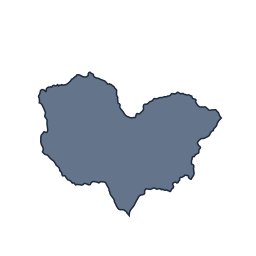 the district of Imues, Nariño, Colombia, rotated 150°
{"feature_id": "7082276B38506776880205", "entity_name": "Imues", "entity_type": "district", "adm_level": 2, "iso_a3": "COL", "parent_name": "Colombia", "parent_adm1": "Nariño", "projection": "robinson", "projection_center": [-77.501, 1.069], "detail": "fine", "context": "isolated", "style": "filled", "palette": "slate", "viewbox_px": 256, "rotation_deg": 150, "n_neighbors": 0, "source": "geoboundaries", "source_scale": "gbopen_adm2", "svg_char_len": 5808}
<svg xmlns="http://www.w3.org/2000/svg" viewBox="0 0 256 256"><g transform="rotate(150 128 128)"><path d="M214.0,150.1L213.8,148.8L213.2,146.9L211.6,145.1L211.1,144.1L210.6,140.9L209.7,138.3L209.0,137.0L208.8,136.2L208.6,133.2L208.8,132.4L208.8,131.7L207.8,129.0L207.6,127.9L207.7,127.0L208.4,125.2L208.4,124.7L207.9,123.7L207.8,122.8L207.9,122.2L208.7,119.7L208.6,119.4L208.3,119.1L206.8,118.4L206.5,118.1L206.4,117.5L206.4,116.0L206.1,113.3L205.1,112.3L204.4,111.1L204.1,110.5L203.8,108.2L203.6,108.0L202.6,107.8L202.3,107.5L202.0,106.3L202.0,105.2L201.9,104.9L200.8,104.7L199.9,104.3L198.6,103.4L197.5,102.4L196.7,101.8L196.0,101.5L194.9,101.5L194.2,101.8L193.4,101.7L192.8,101.4L192.0,100.5L190.8,98.8L190.3,98.4L189.5,98.0L189.1,98.0L188.6,98.1L187.1,99.1L186.6,99.2L185.1,99.1L184.7,98.9L182.1,96.9L181.0,95.3L180.5,95.0L179.3,95.2L178.2,95.0L177.2,94.3L176.0,93.5L175.2,92.5L174.8,91.9L174.7,91.3L174.9,89.0L174.9,85.0L175.0,84.6L175.6,83.5L175.8,81.6L176.4,79.8L176.5,79.5L176.4,77.4L176.1,76.1L175.9,73.5L176.1,72.0L176.6,71.1L176.7,69.0L177.0,66.3L176.9,63.6L176.6,62.3L176.2,61.7L175.5,61.1L173.3,59.8L172.3,58.9L172.1,58.0L171.8,57.6L171.4,56.6L171.2,54.2L170.7,51.6L170.2,52.5L169.4,53.6L167.7,55.2L165.3,56.4L163.7,56.9L161.1,58.1L159.3,59.4L158.0,60.1L157.5,60.6L155.3,61.7L154.1,62.7L152.2,63.5L151.1,63.6L150.3,63.5L148.8,62.9L147.0,62.7L146.5,62.9L146.1,63.3L145.4,64.7L144.6,65.7L143.8,65.8L142.8,66.3L141.6,65.5L140.5,64.5L139.5,63.8L138.2,63.5L136.2,63.3L135.0,62.6L134.6,62.3L134.0,60.9L133.2,60.4L131.8,60.1L130.7,59.5L130.2,59.0L130.1,58.1L129.9,57.9L129.5,57.7L128.5,57.5L128.1,56.7L127.3,55.8L126.7,55.4L125.7,55.2L125.5,54.9L125.1,54.2L124.1,53.2L123.8,52.3L123.3,52.0L122.5,52.0L121.4,52.9L120.9,53.1L119.9,53.4L118.9,53.5L118.0,54.1L117.8,54.4L117.7,56.3L117.5,56.7L117.1,57.4L116.8,57.6L116.4,57.8L115.5,57.8L114.0,57.4L113.6,57.1L113.4,56.2L113.1,55.9L111.8,55.8L110.4,56.8L109.4,57.0L108.3,58.6L107.5,59.0L107.0,58.9L105.8,58.3L105.5,58.3L103.5,58.3L102.3,58.7L100.5,57.3L99.9,56.8L99.7,56.5L99.8,55.8L100.1,55.5L100.2,55.1L100.2,54.4L100.1,53.9L99.7,52.8L99.4,52.4L99.1,52.1L98.7,52.1L98.0,52.7L95.0,54.2L94.4,54.7L93.4,55.7L93.1,56.4L92.8,57.5L92.6,58.0L92.2,58.4L92.0,59.3L91.5,60.2L90.8,60.9L89.8,62.6L89.9,63.3L90.7,64.8L90.7,65.4L90.7,65.9L89.9,66.9L89.5,67.8L88.3,68.8L86.9,70.5L86.7,70.7L86.0,70.8L85.3,70.2L84.8,70.1L82.9,71.2L81.4,71.1L80.9,71.2L80.0,71.0L79.6,71.0L78.8,71.5L77.7,73.4L77.4,73.7L75.7,74.3L75.0,74.9L74.9,75.3L74.9,75.7L75.0,76.2L75.6,77.2L75.7,77.9L75.5,78.6L75.5,80.0L74.5,81.1L72.2,81.9L70.3,82.2L69.9,82.2L68.3,81.4L67.1,81.0L64.0,80.7L61.7,80.8L61.2,81.0L59.0,82.5L58.4,82.8L57.1,83.2L56.6,83.3L55.6,83.1L55.2,83.3L54.5,84.1L53.9,84.5L52.5,84.9L50.4,85.6L49.9,85.9L48.6,87.3L47.1,88.2L46.1,88.8L42.2,90.0L42.4,90.8L42.5,92.6L42.5,93.6L42.0,96.2L42.1,96.6L42.6,97.6L42.7,99.0L42.9,100.0L43.3,100.3L44.5,100.7L46.2,101.7L48.0,102.3L48.4,102.5L48.7,102.7L49.0,103.2L50.1,106.8L50.5,107.5L51.0,108.0L52.2,108.4L53.7,109.4L54.9,110.0L55.2,110.4L55.9,111.5L56.2,112.2L56.5,115.0L56.3,116.9L56.1,117.4L55.8,117.7L55.1,118.1L55.4,119.3L57.3,121.3L56.9,123.9L57.4,124.1L58.5,126.0L58.8,126.3L59.1,126.5L59.6,126.6L60.6,127.2L61.0,127.6L61.5,128.4L62.4,128.9L62.7,129.4L63.0,130.3L63.9,130.9L65.1,131.1L65.6,131.5L66.4,133.1L67.0,134.1L67.5,134.2L69.0,133.9L70.1,134.1L70.9,134.4L72.0,135.4L72.8,135.9L73.3,135.9L74.8,135.2L75.4,135.2L76.7,135.3L77.9,135.9L78.6,135.7L79.0,135.8L80.8,136.9L81.4,137.0L82.9,137.2L84.6,138.1L85.8,138.6L88.0,138.8L89.2,139.3L90.0,140.1L90.8,140.4L91.2,140.3L92.9,139.6L93.4,139.5L94.3,139.5L95.8,139.9L96.5,139.8L98.5,139.2L100.2,139.4L101.6,140.2L102.6,140.2L103.9,139.2L104.6,137.5L105.0,136.8L106.1,135.8L106.8,135.5L111.0,134.5L111.6,134.7L112.4,135.6L113.0,136.0L113.3,136.0L114.2,135.5L115.7,134.0L116.5,133.6L117.2,133.8L117.7,134.2L119.9,135.0L121.2,136.1L121.7,136.9L122.7,138.1L123.2,138.7L123.7,140.0L124.1,142.0L124.1,144.6L124.7,147.9L124.8,148.9L124.7,149.9L124.5,150.6L123.8,151.3L123.4,151.9L123.3,152.5L123.4,153.3L124.0,154.1L124.1,154.6L123.5,156.2L123.0,156.9L122.8,158.1L121.8,159.2L121.5,159.9L121.6,161.8L121.4,162.3L120.2,164.5L119.0,166.2L119.0,167.2L119.5,169.2L119.5,170.8L120.0,172.0L120.5,172.7L120.5,173.3L120.7,173.9L121.8,174.9L121.9,175.5L123.0,175.7L123.4,175.9L123.9,176.7L123.9,177.8L124.6,180.3L127.6,184.0L129.0,186.1L130.0,186.7L131.5,188.7L131.8,189.7L131.4,191.5L131.4,192.1L131.6,192.5L132.4,193.5L132.9,195.1L133.4,195.5L134.1,195.5L134.5,195.4L134.9,195.2L136.2,193.6L136.6,193.2L138.8,193.1L139.4,193.4L140.2,194.1L141.0,194.5L141.3,194.8L142.7,197.1L143.6,198.3L144.6,199.2L145.5,199.5L146.3,199.4L147.2,198.8L148.8,198.8L150.8,198.3L152.4,198.4L154.6,197.3L157.0,196.8L158.0,196.6L160.0,196.6L160.8,196.8L161.9,197.3L162.7,197.4L162.9,197.6L163.4,198.4L163.9,198.8L164.4,198.6L165.1,198.8L165.9,199.3L166.2,199.3L166.6,199.1L167.1,199.2L167.1,200.3L167.3,200.8L167.6,200.8L168.2,200.5L169.3,200.5L169.9,200.8L170.7,201.9L171.2,202.2L172.6,202.1L173.3,201.6L173.7,201.6L174.3,202.3L175.3,202.5L176.2,203.1L176.8,203.0L177.3,203.2L177.6,203.2L178.8,202.9L179.3,202.5L179.8,202.0L180.1,201.0L180.7,200.6L181.1,200.8L181.2,201.1L181.6,202.7L182.2,203.3L182.5,203.8L183.3,204.3L183.6,204.4L185.0,204.2L187.0,202.0L188.1,201.2L189.3,200.5L189.7,200.1L189.9,199.4L190.1,197.7L190.9,196.3L191.3,195.3L192.3,194.2L191.4,193.1L191.0,192.2L190.9,191.1L191.1,187.9L191.7,182.9L192.2,182.1L194.2,179.9L194.4,179.1L194.1,177.3L194.1,175.7L194.2,175.2L196.0,172.3L196.7,170.7L198.4,166.6L199.3,165.5L199.9,165.0L200.4,164.9L200.8,164.9L201.2,165.2L202.5,166.7L202.9,166.7L204.6,165.9L206.4,165.3L206.7,165.1L207.7,164.2L210.4,159.7L210.8,158.8L211.3,156.7L211.4,153.9L211.7,152.7L212.4,151.3L212.9,150.9L213.7,150.5L214.0,150.1Z" fill="#64748b" stroke="#1e293b" stroke-width="1.5"/></g></svg>